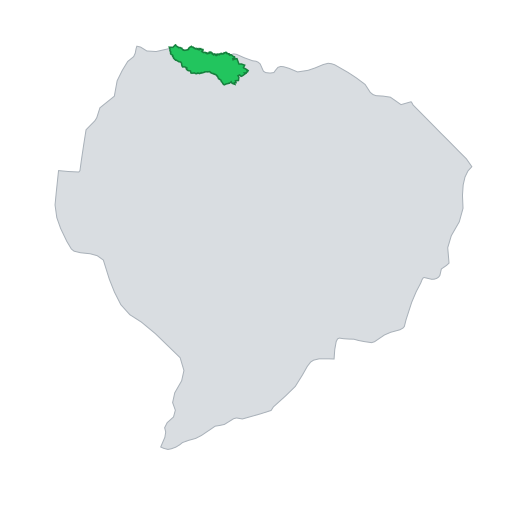 location of Nyanga, Manicaland, Zimbabwe, rotated 276°
{"feature_id": "62879985B16821678583413", "entity_name": "Nyanga", "entity_type": "district", "adm_level": 2, "iso_a3": "ZWE", "parent_name": "Zimbabwe", "parent_adm1": "Manicaland", "projection": "natural_earth1", "projection_center": [32.82, -17.911], "detail": "fine", "context": "in_parent", "style": "filled", "palette": "green", "viewbox_px": 512, "rotation_deg": 276, "n_neighbors": 0, "source": "geoboundaries", "source_scale": "gbopen_adm2", "svg_char_len": 7602}
<svg xmlns="http://www.w3.org/2000/svg" viewBox="0 0 512 512"><g transform="rotate(276 256 256)"><path d="M367.4,461.3L362.7,457.9L356.4,455.6L348.4,454.6L337.9,455.0L325.1,456.9L311.3,454.6L296.6,448.1L284.3,445.8L269.7,448.6L269.1,448.7L266.6,446.5L262.5,441.7L255.9,440.9L254.1,439.8L252.6,438.0L251.6,435.7L251.2,433.2L252.2,425.4L251.6,424.5L249.8,423.6L246.2,422.6L237.4,419.1L226.3,415.7L208.4,411.9L201.4,410.9L199.8,409.8L197.7,406.9L194.2,397.9L190.9,392.0L183.1,382.8L181.9,380.0L182.2,372.7L182.7,366.8L183.5,361.9L183.1,357.2L182.9,351.4L183.1,347.5L182.1,345.8L179.3,344.7L171.3,344.1L161.7,344.4L161.3,338.5L160.3,329.4L158.4,324.1L156.2,321.4L151.7,318.6L142.7,314.7L130.4,308.7L119.9,300.0L107.8,289.1L104.0,287.2L99.5,277.0L92.5,259.5L92.9,253.6L91.9,250.8L85.2,242.2L83.7,237.7L82.5,233.2L71.9,220.6L68.3,215.1L65.5,208.0L62.8,202.4L60.5,200.1L57.5,196.2L55.4,191.9L54.4,188.6L55.1,184.2L56.1,181.2L66.1,184.3L71.5,184.6L75.7,183.1L81.0,185.1L87.3,190.8L94.2,191.9L101.5,188.4L111.5,189.5L124.1,195.1L134.6,196.3L146.9,191.2L157.9,177.2L168.2,164.1L178.3,148.9L184.4,136.7L193.4,126.7L205.3,119.0L217.5,112.6L236.0,104.6L239.7,98.1L240.9,90.9L240.9,81.0L241.8,74.5L243.7,71.6L246.8,69.3L250.8,66.3L263.0,58.8L273.3,53.9L285.8,50.8L299.6,50.7L312.8,50.7L320.3,50.7L320.4,60.2L321.0,71.0L322.5,72.0L332.5,72.3L348.4,73.0L363.8,73.8L373.6,81.6L376.9,83.2L387.1,85.3L400.1,98.4L415.8,99.6L426.6,103.6L436.1,108.1L441.5,113.5L445.1,114.7L449.9,115.1L452.2,115.6L451.7,119.4L448.5,126.0L448.9,135.3L453.3,148.3L453.9,159.6L452.5,179.5L452.6,198.8L453.0,205.7L453.7,210.2L454.7,212.7L454.5,215.6L451.9,223.7L449.8,232.2L449.7,235.6L448.9,238.0L447.4,240.1L440.5,244.1L439.4,246.5L439.4,250.9L440.3,254.6L442.8,256.0L445.9,258.1L447.1,260.8L447.1,263.8L446.1,269.2L443.4,278.1L446.1,288.4L449.2,295.1L453.4,302.8L455.2,307.6L455.1,311.0L454.4,314.3L448.1,328.5L443.6,337.2L438.0,346.6L430.7,352.5L428.8,355.4L428.0,358.6L428.3,365.7L428.0,373.0L421.7,384.4L425.6,394.1L424.7,395.0L422.6,396.4L413.6,407.4L404.5,418.5L397.8,426.6L390.3,435.9L381.8,446.2L374.6,455.1L367.4,461.3Z" fill="#d9dde1" stroke="#a8b0b8" stroke-width="1"/><path d="M426.3,218.0L428.2,217.2L428.7,220.2L432.0,220.3L433.4,219.2L434.4,220.8L433.1,222.4L433.8,223.7L434.8,224.8L436.0,226.1L436.3,225.8L436.6,225.9L436.5,225.7L436.8,225.4L436.9,227.1L437.3,227.0L438.4,228.4L439.2,227.9L439.3,228.6L439.6,228.8L440.9,226.4L441.7,224.1L442.0,223.8L442.7,224.1L442.8,224.1L444.6,224.8L445.4,221.5L445.1,219.0L450.3,216.4L450.1,215.6L449.6,214.3L448.7,212.7L449.9,212.2L451.0,214.1L451.9,213.8L452.2,212.3L452.5,211.8L453.4,210.6L453.6,209.8L453.5,209.3L452.9,209.1L453.0,208.9L453.7,207.8L454.3,208.0L454.3,205.6L455.3,205.6L455.4,205.2L455.4,204.5L455.3,204.3L455.0,204.1L454.9,203.9L454.7,203.6L454.8,203.4L454.8,203.2L454.5,203.3L454.4,203.2L454.2,203.2L453.8,202.6L453.9,202.4L453.7,202.2L453.4,201.9L453.5,201.6L453.6,201.4L453.6,200.7L453.9,200.7L453.9,200.4L453.6,200.5L453.5,200.3L453.3,200.2L453.4,199.9L453.3,199.7L453.2,199.4L453.3,199.3L453.3,199.1L453.2,199.0L453.0,198.9L452.7,198.8L452.8,198.7L453.0,198.5L452.8,198.2L452.8,197.8L452.6,197.9L452.7,197.5L452.6,197.4L452.1,196.8L452.4,196.7L452.4,197.0L452.8,196.8L452.7,196.5L452.4,196.4L452.4,196.1L452.2,196.1L452.3,195.3L452.2,195.3L451.8,195.6L451.5,195.6L451.6,195.4L451.6,195.2L451.9,194.9L451.8,194.7L451.6,194.7L452.1,194.0L452.5,193.8L452.6,193.6L452.4,193.1L452.0,193.2L451.9,192.9L451.7,192.8L451.6,192.7L452.0,192.4L452.1,192.0L452.1,191.8L452.4,191.3L452.6,191.3L453.0,191.5L453.2,191.4L453.3,191.1L453.2,190.8L453.4,190.6L453.5,190.3L453.4,190.0L453.6,190.0L453.4,189.7L453.6,189.5L453.4,189.2L453.5,188.7L453.9,188.7L454.0,188.7L453.7,188.1L453.3,188.3L452.7,188.3L452.5,188.0L452.5,187.7L452.4,187.4L452.5,187.3L452.2,186.9L452.4,186.8L452.4,186.4L452.5,186.2L452.4,186.0L452.7,186.0L452.9,185.9L452.8,185.3L453.0,185.1L453.1,184.6L452.9,184.5L453.2,184.2L453.2,183.7L453.0,183.1L452.8,182.9L452.8,182.3L453.0,182.1L453.1,181.9L453.4,181.8L453.5,181.4L453.6,181.6L453.9,181.6L454.1,181.2L454.2,181.3L454.4,181.5L454.5,181.5L455.1,181.7L455.1,181.3L455.3,181.4L455.5,181.8L455.8,181.6L455.6,181.3L455.5,181.1L455.6,180.8L455.4,180.6L455.7,180.7L456.0,180.5L456.0,180.2L455.8,180.2L455.8,179.7L455.7,179.4L456.0,179.1L456.4,179.1L456.3,178.7L456.4,178.3L456.2,178.2L456.1,178.5L455.7,178.6L455.6,178.2L455.4,178.3L455.1,178.1L455.1,177.9L455.3,177.6L455.2,177.4L455.4,177.1L455.4,176.5L455.5,176.5L456.0,176.9L456.3,176.7L456.2,176.3L456.1,176.2L455.7,176.1L455.8,175.6L455.7,175.3L455.7,174.6L455.8,174.5L456.1,174.5L456.0,174.3L455.8,174.2L456.1,173.8L455.9,173.5L456.0,173.2L456.5,172.9L456.5,172.3L456.7,172.2L456.8,171.7L457.3,171.4L457.1,171.0L457.2,170.5L457.2,170.3L457.3,170.1L457.3,169.8L457.3,169.7L457.6,169.6L457.1,169.1L456.9,168.6L455.9,167.6L455.4,167.4L455.2,167.2L454.8,167.4L454.6,167.4L454.3,167.0L454.0,166.8L453.9,166.7L454.0,166.4L453.9,166.0L453.5,165.3L453.3,164.8L453.0,163.3L453.0,162.6L453.1,162.0L453.3,161.9L453.6,161.9L454.2,160.8L454.5,160.5L454.6,160.4L454.8,160.5L455.0,160.4L454.8,159.8L455.3,159.0L455.4,158.8L455.3,158.6L455.4,158.4L455.1,157.2L455.5,157.0L455.5,156.8L455.7,156.4L455.9,156.2L455.9,155.8L456.3,155.4L456.4,155.0L456.9,154.4L457.5,154.1L457.6,153.8L455.0,151.7L454.8,151.5L454.6,147.9L452.9,148.8L452.2,148.9L451.8,148.9L451.0,149.0L450.7,149.4L450.5,149.5L450.4,149.7L450.1,149.8L449.6,149.7L449.3,149.9L449.2,149.8L448.9,149.8L448.7,149.9L448.3,149.9L448.2,150.0L447.6,150.5L447.4,150.8L447.4,151.1L447.3,151.4L447.0,152.0L446.8,152.3L446.6,152.3L445.8,152.2L445.3,152.9L444.9,153.0L444.6,153.4L444.2,153.3L443.5,154.1L443.0,154.6L443.0,154.8L442.8,155.0L442.7,155.4L442.4,155.6L442.5,156.0L442.3,156.1L442.3,156.3L442.2,156.8L441.1,159.0L441.1,159.9L441.2,160.4L441.1,160.8L440.8,161.0L440.6,161.1L440.1,161.7L439.6,161.9L438.5,162.1L438.1,162.2L437.5,162.5L437.1,162.8L436.8,162.8L436.3,163.3L436.3,163.5L436.5,164.0L436.6,164.4L436.6,165.0L436.5,165.8L436.3,166.6L436.1,166.9L435.7,167.0L435.8,167.1L435.7,167.6L435.3,167.4L434.9,167.1L434.8,167.3L434.4,167.5L434.4,167.8L433.9,168.0L433.8,168.4L433.6,168.7L433.4,168.8L433.2,169.8L433.3,170.3L433.2,170.8L433.2,171.0L433.1,171.5L431.9,171.9L431.7,172.1L431.2,172.2L431.1,172.3L431.2,173.7L431.4,174.9L431.7,175.4L431.6,175.7L431.4,176.1L431.1,176.7L431.2,177.3L431.1,177.7L431.1,177.9L431.4,178.4L431.8,178.6L431.9,178.9L431.7,179.2L431.9,179.7L431.6,180.2L431.6,180.6L431.5,180.8L431.8,181.4L432.0,181.4L432.2,181.7L432.1,181.9L432.1,182.2L432.4,182.3L432.4,182.6L432.6,182.7L432.7,182.8L432.4,183.2L433.2,185.2L433.4,185.4L433.7,185.6L433.7,186.0L433.9,186.5L433.9,186.9L434.0,187.2L434.1,188.1L434.2,188.3L434.0,188.8L434.2,189.2L434.3,189.8L434.6,190.7L434.0,191.4L433.6,191.5L433.5,192.2L433.5,192.5L433.4,192.7L433.2,192.8L433.0,193.5L432.9,194.3L432.7,194.5L433.0,194.9L432.4,195.6L432.5,195.8L432.4,196.0L432.4,196.5L432.2,196.6L432.1,197.2L431.9,197.3L431.9,197.5L431.8,197.8L431.6,197.9L431.5,198.1L431.0,198.4L430.9,198.7L430.7,198.7L430.7,198.9L430.4,199.0L430.2,199.3L429.7,199.5L428.9,199.9L428.7,200.1L428.6,200.3L428.4,200.3L428.3,200.8L428.2,200.9L428.2,201.1L427.9,201.2L427.9,201.6L427.5,202.1L427.1,202.9L426.5,203.0L426.2,203.2L425.8,203.3L425.7,203.6L425.0,204.4L424.7,204.5L424.4,204.8L424.2,204.9L424.0,205.2L423.6,205.5L423.4,205.5L423.2,205.8L423.1,206.2L422.9,206.5L423.0,206.7L423.1,206.8L423.3,207.3L424.1,208.3L424.0,208.5L424.3,209.1L424.5,210.1L424.6,210.3L424.9,210.5L425.0,211.5L426.7,213.1L425.2,214.2L424.5,217.1L426.1,216.4L426.3,218.0Z" fill="#22c55e" stroke="#15803d" stroke-width="1.5"/></g></svg>